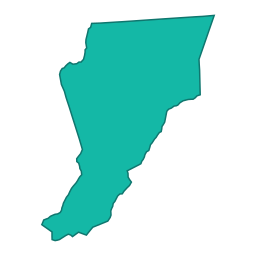 Bezerros, Pernambuco, Brazil (Equal Earth projection)
{"feature_id": "56859067B40256242933504", "entity_name": "Bezerros", "entity_type": "district", "adm_level": 2, "iso_a3": "BRA", "parent_name": "Brazil", "parent_adm1": "Pernambuco", "projection": "equal_earth", "projection_center": [-35.81, -8.245], "detail": "fine", "context": "isolated", "style": "filled", "palette": "teal", "viewbox_px": 256, "rotation_deg": 0, "n_neighbors": 0, "source": "geoboundaries", "source_scale": "gbopen_adm2", "svg_char_len": 1827}
<svg xmlns="http://www.w3.org/2000/svg" viewBox="0 0 256 256"><path d="M52.1,239.6L55.1,240.6L57.7,240.1L59.6,239.5L61.4,238.3L63.6,236.9L65.8,235.5L68.3,234.2L70.7,235.0L72.5,236.6L78.5,232.2L81.5,233.3L86.4,235.1L88.1,232.9L90.7,229.7L92.8,227.2L107.8,221.1L110.1,217.6L111.0,215.1L110.8,210.9L111.7,208.4L112.7,206.4L113.2,203.4L114.9,201.4L116.3,198.6L117.7,195.9L119.8,194.0L122.3,193.8L123.9,191.3L127.0,187.9L129.5,185.5L131.4,182.1L129.5,179.5L128.1,177.1L128.0,173.3L127.2,170.8L139.1,164.7L140.9,163.7L141.8,161.2L143.2,159.4L144.4,156.9L144.9,154.7L146.5,151.8L148.8,150.5L149.8,147.3L150.5,144.7L152.0,143.0L153.3,141.0L154.5,139.1L156.1,137.4L157.6,134.9L159.4,132.5L161.2,131.6L161.7,129.1L162.0,126.5L163.2,124.7L164.7,122.1L166.8,111.3L168.6,109.2L171.3,108.1L174.2,106.0L176.2,105.8L177.8,105.1L180.0,102.7L183.1,100.8L186.1,100.0L188.1,99.5L190.4,99.3L193.2,99.2L195.2,97.8L197.1,95.8L200.2,94.8L199.6,70.1L199.2,64.0L199.0,59.3L214.2,15.4L202.7,16.4L197.0,16.7L183.1,17.6L162.0,19.0L130.2,21.2L128.5,21.3L119.6,21.9L117.5,22.0L100.1,23.1L91.7,23.4L90.6,27.4L88.5,28.9L87.7,32.6L86.8,36.3L86.0,39.5L85.8,42.7L86.7,48.0L85.1,49.8L85.1,52.2L84.5,55.7L83.5,59.4L81.0,62.1L78.9,62.1L76.8,63.7L72.9,64.2L69.9,62.4L67.9,63.8L65.9,65.7L64.1,67.9L62.2,68.5L60.5,71.1L59.6,74.5L61.4,84.5L64.4,91.3L66.0,97.2L66.7,99.4L69.3,107.2L71.8,115.2L79.4,139.2L82.4,149.5L80.6,153.7L78.5,156.3L76.7,158.7L76.8,161.6L78.7,163.1L79.6,166.2L79.9,168.6L81.3,171.1L81.7,174.8L79.9,176.7L78.6,178.7L77.6,180.6L76.0,183.0L73.3,186.1L71.5,188.4L69.8,191.7L68.4,194.8L66.4,197.3L65.1,199.9L63.4,203.2L62.8,205.6L61.9,207.9L61.5,210.3L60.2,212.5L57.7,213.9L55.0,214.3L52.6,215.3L50.4,216.3L48.2,218.3L45.7,219.2L43.7,220.0L42.9,222.1L41.8,224.7L52.0,231.9L52.0,236.5L52.1,239.6Z" fill="#14b8a6" stroke="#0f766e" stroke-width="1.5"/></svg>